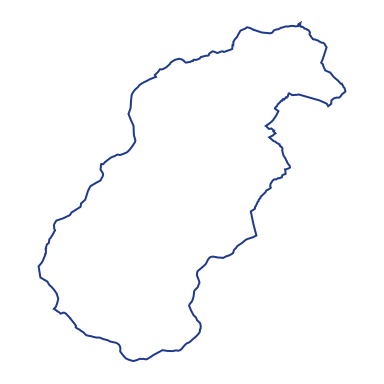 Saru Dornei, Suceava, Romania (Equal Earth projection)
{"feature_id": "2599482B64187693083296", "entity_name": "Saru Dornei", "entity_type": "district", "adm_level": 2, "iso_a3": "ROU", "parent_name": "Romania", "parent_adm1": "Suceava", "projection": "equal_earth", "projection_center": [25.301, 47.209], "detail": "fine", "context": "isolated", "style": "outline", "palette": "blue", "viewbox_px": 384, "rotation_deg": 0, "n_neighbors": 0, "source": "geoboundaries", "source_scale": "gbopen_adm2", "svg_char_len": 5845}
<svg xmlns="http://www.w3.org/2000/svg" viewBox="0 0 384 384"><path d="M200.8,326.2L200.2,323.5L199.8,322.8L199.1,322.0L197.1,320.3L196.0,317.5L194.6,316.1L193.6,315.3L193.3,314.8L190.7,309.7L190.1,308.1L189.4,306.7L189.1,305.6L189.8,303.9L191.4,302.1L192.0,301.1L192.9,299.0L193.6,296.4L194.1,291.8L194.4,290.8L194.8,290.1L197.5,287.5L197.9,286.8L198.5,284.9L199.4,283.1L199.4,282.2L199.1,281.2L197.9,277.7L196.9,275.4L197.1,272.8L197.5,271.4L198.1,270.7L200.1,269.1L205.4,264.5L206.3,263.1L207.3,260.9L208.5,258.9L208.9,258.4L209.9,257.4L211.4,256.8L212.8,256.6L218.9,257.6L221.4,257.7L223.3,257.9L225.9,256.4L229.0,255.5L231.9,253.9L233.0,253.1L234.1,249.8L235.7,248.4L237.4,246.0L242.3,242.7L245.9,239.7L247.8,238.9L252.9,237.3L256.4,235.5L253.4,224.0L250.8,211.4L254.0,209.4L254.6,208.9L255.0,208.4L255.0,207.1L255.6,206.4L256.9,203.8L257.6,202.0L258.6,201.0L258.6,200.0L260.6,197.7L260.6,196.7L261.6,195.9L265.4,192.3L266.1,190.8L266.5,190.3L268.5,189.5L270.7,187.9L270.8,187.5L270.2,186.3L270.3,185.3L270.6,183.8L272.0,181.6L272.9,180.4L274.2,179.4L276.5,179.3L278.0,178.2L279.6,178.2L281.1,177.4L281.8,177.4L282.0,177.1L282.2,175.4L283.5,174.6L285.4,174.1L285.6,173.9L285.3,170.2L285.1,169.4L285.8,169.4L289.1,168.2L289.7,167.8L290.0,167.3L289.8,166.3L289.4,165.3L288.8,164.8L287.2,162.5L286.8,161.2L285.9,159.7L285.5,158.6L283.4,155.3L282.2,150.5L282.3,149.3L282.5,148.9L282.2,147.8L281.2,146.6L280.6,146.6L279.8,145.5L279.9,145.3L279.6,144.8L279.6,144.4L277.0,143.1L275.4,141.7L273.7,141.1L269.2,137.3L273.1,135.4L273.3,135.0L273.8,134.5L275.5,133.3L273.3,131.2L274.0,130.6L271.3,128.5L269.0,129.0L266.4,126.4L265.8,126.0L270.1,122.9L272.3,121.0L273.0,120.2L276.3,115.4L278.4,111.1L277.6,110.6L274.9,108.5L274.9,108.2L275.9,106.9L277.0,106.1L277.7,104.3L278.5,103.8L278.7,103.5L280.2,102.1L280.3,101.7L281.1,100.9L282.0,100.9L282.2,100.6L282.1,100.2L282.5,100.0L282.6,99.7L283.1,99.1L283.5,99.3L284.2,99.5L284.5,98.6L285.2,98.4L285.8,97.7L286.3,97.7L286.2,97.4L286.4,97.4L286.9,96.9L287.6,96.6L288.0,96.0L288.1,95.0L288.3,94.5L288.4,94.1L289.1,93.3L292.2,95.1L296.9,94.8L298.8,94.5L319.4,100.4L326.7,103.6L328.2,106.2L331.2,103.8L331.5,100.2L334.4,98.1L336.8,97.6L339.1,97.6L340.2,96.8L342.1,94.2L345.3,91.7L345.4,91.2L344.6,88.2L343.4,86.9L343.3,86.1L342.2,84.6L341.9,83.7L341.4,83.8L340.6,83.6L338.2,80.8L333.8,77.1L330.3,72.6L325.2,70.4L323.3,66.1L323.0,64.5L321.2,62.7L322.8,59.0L326.6,47.3L325.2,45.2L324.7,44.0L323.4,42.9L321.5,42.6L320.8,42.3L318.7,41.1L318.1,40.5L316.4,40.1L315.3,39.6L312.9,39.2L312.6,38.6L311.5,37.4L310.9,36.1L310.3,35.6L309.5,34.3L309.6,33.7L309.9,33.2L310.0,32.7L309.6,31.7L308.9,30.6L308.2,30.0L307.2,29.8L307.0,29.4L306.2,29.0L304.3,28.5L303.9,27.7L303.4,27.3L302.8,27.2L302.4,26.9L301.3,26.9L300.6,26.5L300.3,26.1L300.5,25.2L300.0,24.5L299.9,24.1L300.3,23.0L299.0,23.8L298.3,24.4L298.3,26.1L296.9,26.1L296.2,26.4L294.8,26.3L294.0,26.0L291.3,25.9L287.7,26.6L286.3,26.4L285.6,26.5L282.4,27.5L280.9,27.8L278.5,29.2L276.3,29.5L274.2,30.2L273.7,30.6L272.3,32.5L271.7,32.9L270.0,33.3L265.2,32.8L264.3,32.8L261.5,32.4L252.8,29.5L252.8,29.3L249.7,27.9L247.0,27.3L245.4,28.5L240.7,30.5L240.1,31.2L236.8,37.2L234.8,39.4L233.3,42.0L233.4,43.8L233.0,44.8L233.1,45.1L232.5,45.1L232.3,48.4L232.2,49.0L231.6,49.3L223.8,52.0L223.0,51.4L221.9,51.3L219.5,52.2L218.7,52.6L217.0,53.0L214.9,52.0L212.7,51.3L211.2,52.2L209.5,53.5L209.0,54.0L208.7,55.3L208.4,55.5L207.5,55.7L205.6,55.8L201.9,56.8L201.4,56.8L200.8,57.0L199.6,58.6L199.0,58.9L196.1,59.9L194.2,59.7L193.7,59.8L193.3,60.0L193.1,60.9L191.4,61.2L190.2,61.9L188.5,62.1L187.1,62.5L185.7,62.5L185.0,62.1L183.7,60.8L183.6,60.5L181.9,59.5L179.6,58.8L177.7,59.1L175.5,59.6L173.8,60.5L170.6,62.6L170.3,63.4L169.6,64.3L166.4,67.2L163.7,68.7L162.4,69.3L161.1,69.4L160.0,69.2L158.1,71.9L154.8,75.0L156.0,76.9L153.6,77.7L149.3,79.5L146.3,81.2L144.4,82.0L142.0,83.3L139.1,85.4L138.1,86.9L135.3,89.4L134.0,90.9L132.4,93.4L131.7,94.9L131.1,99.8L130.6,108.1L128.5,113.9L130.8,119.8L133.5,125.7L133.9,135.0L135.4,140.5L135.2,141.5L134.8,142.4L132.2,146.4L130.5,148.7L128.6,150.8L127.2,152.1L125.7,152.9L121.2,154.7L119.7,155.0L118.1,154.6L116.9,154.8L114.6,156.2L113.3,156.5L111.9,157.1L110.3,158.0L105.0,162.1L103.3,164.1L102.2,164.2L101.3,164.0L100.9,165.3L100.9,166.8L100.5,169.2L101.2,170.7L102.3,172.2L103.1,173.9L103.0,175.2L102.7,176.3L100.7,180.0L100.0,180.8L96.7,182.5L90.8,185.9L89.9,187.0L88.0,190.9L85.3,199.6L81.0,203.5L80.6,206.8L71.5,212.5L69.9,215.1L63.2,218.3L56.3,220.6L54.2,224.2L53.9,225.8L54.1,226.4L54.2,228.7L55.0,230.1L55.0,230.5L53.8,232.3L53.7,232.7L51.9,235.9L51.1,236.9L50.9,237.5L49.4,239.2L48.8,243.0L47.3,244.1L46.7,244.8L46.4,246.3L45.9,247.7L46.1,248.4L45.5,249.1L46.0,250.4L45.8,252.6L45.9,253.2L45.1,254.2L45.3,254.7L44.3,257.3L43.8,258.0L43.7,258.7L42.5,261.4L41.7,262.7L38.6,266.4L40.4,277.5L47.2,281.5L49.6,285.3L51.4,286.7L54.2,290.0L56.7,293.6L58.3,299.0L56.9,304.1L55.8,306.9L53.9,308.9L55.5,309.8L56.7,310.8L59.4,312.5L60.6,313.6L61.2,313.5L63.5,312.6L64.5,312.8L65.9,313.6L68.8,316.7L70.1,318.3L70.2,318.1L70.4,318.2L70.6,318.9L74.8,324.1L76.0,325.9L76.0,326.4L75.6,327.1L75.7,327.3L76.6,328.1L79.6,329.7L80.8,330.7L83.5,332.4L85.9,334.9L86.5,335.3L91.3,336.3L95.9,337.5L99.8,337.6L103.0,339.0L107.8,340.2L109.7,341.4L116.2,342.8L117.6,343.6L119.2,344.9L120.0,346.6L120.4,348.4L120.2,351.0L120.6,352.1L123.5,355.8L125.7,358.3L128.0,359.4L131.5,360.6L133.2,361.0L135.1,360.6L137.9,359.7L138.9,359.1L140.0,358.8L141.5,359.0L143.5,358.8L145.2,359.3L146.9,359.2L150.6,357.0L153.1,355.2L162.2,350.3L162.8,350.2L167.2,350.9L172.5,351.1L176.0,350.4L177.2,350.6L178.5,350.7L179.8,350.3L181.5,349.1L183.8,346.2L185.6,344.3L187.0,343.2L188.7,342.6L190.0,341.8L193.8,338.3L195.9,336.7L199.0,333.2L199.5,332.5L199.7,331.8L200.0,330.3L199.9,329.5L200.5,328.6L200.7,328.1L200.6,327.3L200.8,326.2Z" fill="none" stroke="#1e3a8a" stroke-width="2"/></svg>